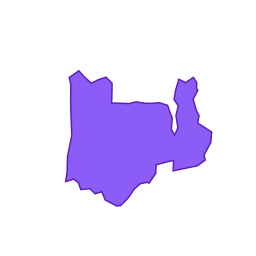 outline of Fasoula Pafou, Paphos, Cyprus, rotated 135°
{"feature_id": "46923920B40214327074484", "entity_name": "Fasoula Pafou", "entity_type": "district", "adm_level": 2, "iso_a3": "CYP", "parent_name": "Cyprus", "parent_adm1": "Paphos", "projection": "albers", "projection_center": [32.631, 34.747], "detail": "fine", "context": "isolated", "style": "filled", "palette": "violet", "viewbox_px": 256, "rotation_deg": 135, "n_neighbors": 0, "source": "geoboundaries", "source_scale": "gbopen_adm2", "svg_char_len": 981}
<svg xmlns="http://www.w3.org/2000/svg" viewBox="0 0 256 256"><g transform="rotate(135 128 128)"><path d="M210.0,134.2L202.5,130.2L201.9,124.0L204.9,117.9L197.8,111.9L197.8,104.8L191.6,101.4L195.0,93.2L191.2,81.0L188.3,78.6L188.2,78.4L177.9,78.4L166.6,80.4L158.7,79.9L152.9,76.1L152.0,74.1L140.5,76.3L134.1,82.1L125.5,77.1L118.7,72.8L126.4,65.8L116.1,59.1L105.6,52.2L96.0,50.7L93.5,55.0L79.6,59.3L71.7,66.0L75.3,82.3L69.1,86.4L67.4,91.7L64.6,96.9L61.6,102.3L52.1,105.3L51.3,107.8L47.3,111.5L46.0,117.5L55.2,119.4L57.5,126.5L67.4,121.2L75.3,115.6L76.8,108.1L85.3,102.9L92.6,92.8L100.3,90.0L98.2,96.5L89.6,103.8L87.7,108.5L84.0,116.0L87.9,123.7L93.9,128.7L98.4,133.4L103.9,140.9L109.9,144.4L120.2,155.5L122.1,157.0L112.3,166.3L107.6,171.0L107.6,179.4L115.1,183.3L119.5,184.5L122.3,186.0L122.8,194.9L122.3,203.2L133.4,205.2L133.8,205.3L138.0,198.8L149.9,187.2L160.1,176.5L172.9,162.6L191.1,150.5L202.3,139.8L210.0,134.2Z" fill="#8b5cf6" stroke="#5b21b6" stroke-width="1.5"/></g></svg>